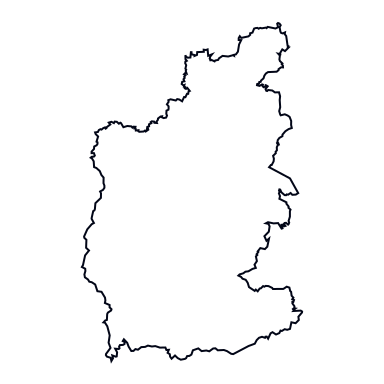 Pihuamo, Jalisco, Mexico
{"feature_id": "50627088B45338905854221", "entity_name": "Pihuamo", "entity_type": "district", "adm_level": 2, "iso_a3": "MEX", "parent_name": "Mexico", "parent_adm1": "Jalisco", "projection": "mercator", "projection_center": [-103.387, 19.169], "detail": "fine", "context": "isolated", "style": "outline", "palette": "ink", "viewbox_px": 384, "rotation_deg": 0, "n_neighbors": 0, "source": "geoboundaries", "source_scale": "gbopen_adm2", "svg_char_len": 5932}
<svg xmlns="http://www.w3.org/2000/svg" viewBox="0 0 384 384"><path d="M111.4,361.0L113.0,358.3L112.3,355.4L115.8,356.7L116.7,356.4L117.1,352.3L115.2,348.7L118.8,349.0L119.5,348.3L119.1,346.6L119.9,345.1L123.0,344.9L124.5,344.0L124.7,342.0L122.8,341.1L123.9,339.3L127.2,342.8L128.6,346.6L131.3,351.0L133.5,350.9L135.4,349.1L138.0,349.7L141.3,347.1L145.1,346.9L147.9,345.6L151.9,346.5L155.3,346.1L159.9,347.6L165.4,347.5L166.4,350.0L168.8,349.8L167.6,352.8L169.8,354.2L170.1,356.6L171.6,358.7L175.0,355.5L177.7,358.1L180.8,359.7L184.9,358.9L186.1,358.2L187.1,356.1L189.4,355.9L191.4,354.6L192.9,350.3L198.3,348.4L201.6,351.1L206.3,350.5L209.3,351.3L213.1,348.5L215.4,348.3L217.8,350.3L223.9,350.0L227.0,351.1L231.2,353.8L233.2,354.1L248.6,346.0L254.8,343.7L256.7,340.1L259.0,337.8L262.0,336.8L265.0,337.8L265.5,336.7L266.7,336.6L268.1,338.7L270.6,333.3L272.5,332.2L276.0,334.5L279.3,333.1L280.5,330.6L281.8,331.0L284.7,329.2L287.2,329.8L290.0,328.9L291.4,322.3L295.6,323.2L298.8,320.0L298.4,316.7L302.0,312.5L302.1,311.5L300.7,310.6L293.5,311.0L294.3,310.1L293.5,309.6L295.2,308.5L293.8,308.3L294.5,307.7L294.4,306.2L292.4,303.4L292.4,301.9L293.3,302.0L294.0,300.0L292.3,299.2L293.4,297.7L291.6,295.7L291.1,291.8L290.2,291.0L289.4,287.6L286.7,286.7L283.4,288.9L272.9,289.0L272.2,287.9L268.5,286.1L265.7,285.9L264.3,286.7L263.1,286.1L260.9,288.3L259.7,288.5L257.7,291.3L255.8,289.6L254.7,290.9L249.0,287.1L247.7,282.8L245.7,279.8L242.5,278.7L241.1,276.9L238.4,275.6L239.6,274.4L243.3,273.3L245.4,271.7L248.4,271.3L252.5,268.9L255.8,267.9L254.5,264.7L256.9,261.1L255.9,256.4L257.3,255.0L256.6,254.2L258.3,252.0L257.7,251.4L260.3,248.1L264.9,249.1L267.3,246.7L269.0,238.6L266.5,240.8L264.4,236.2L268.8,231.7L269.6,226.3L268.5,223.9L265.9,223.3L268.0,222.2L273.6,223.4L278.1,223.1L281.6,228.6L282.5,228.3L281.6,224.8L282.6,224.7L284.1,226.3L285.4,225.9L283.9,223.8L284.6,223.0L286.0,222.8L288.1,224.6L288.6,224.1L289.2,222.6L288.6,220.9L289.9,216.7L289.9,211.2L290.5,209.6L288.5,207.8L288.6,206.5L286.4,203.7L286.4,202.3L279.4,198.8L280.0,196.1L278.9,193.3L279.7,192.0L279.0,190.6L279.4,189.4L280.2,189.6L281.4,192.3L284.6,195.1L286.1,195.2L286.7,194.4L288.1,194.7L290.6,193.0L292.3,194.8L295.8,194.6L298.2,193.1L290.0,178.4L269.1,167.2L270.9,165.0L271.7,165.0L273.6,161.4L273.9,158.7L273.1,155.8L275.8,153.2L275.6,151.8L276.9,150.3L276.8,147.2L277.9,144.9L278.8,144.6L278.3,143.2L276.4,143.5L277.3,142.8L277.8,140.0L279.4,137.9L282.4,136.2L282.5,134.6L285.4,131.2L288.6,129.1L291.8,128.0L291.1,125.0L291.2,121.0L289.6,116.9L287.6,115.5L284.8,114.3L280.7,115.3L280.2,114.5L279.2,111.1L280.2,107.2L279.7,100.1L280.1,96.2L279.0,92.3L274.9,92.4L272.3,90.5L268.2,90.0L267.2,91.0L266.3,90.8L265.5,89.0L267.7,86.3L266.3,85.4L265.6,85.2L265.4,86.5L263.6,87.2L262.6,86.2L262.9,84.7L262.1,84.4L259.5,85.9L257.0,85.2L257.2,84.0L259.0,83.5L259.3,82.0L260.6,81.9L261.1,80.5L263.5,78.4L264.4,75.6L265.9,73.5L268.0,72.1L276.7,71.7L278.6,70.1L278.6,69.1L281.1,67.3L283.0,67.4L282.9,65.6L281.7,64.1L282.4,63.4L279.9,61.0L279.4,59.4L279.9,55.6L278.2,53.7L280.3,54.1L280.2,52.9L282.3,49.4L285.0,51.1L288.8,47.3L287.9,47.1L288.3,46.1L287.6,45.8L286.2,36.0L284.7,34.1L285.0,32.4L282.7,33.4L281.1,32.9L280.4,31.6L279.6,27.1L280.7,25.2L279.5,23.6L278.0,23.0L277.2,23.7L278.1,27.2L275.5,28.5L267.7,26.9L266.6,28.1L266.0,27.6L261.9,28.3L260.2,27.9L258.6,28.7L257.5,27.9L255.6,28.1L254.1,28.6L252.5,32.6L250.1,33.3L250.2,34.8L248.4,36.4L241.2,37.9L239.8,36.2L238.7,38.1L238.7,40.0L241.2,40.1L239.1,44.4L237.9,51.7L235.9,54.4L233.7,54.9L233.9,55.7L233.0,55.2L228.2,56.5L222.5,55.9L218.9,58.4L218.2,59.9L215.2,60.5L214.6,61.4L211.9,60.1L209.5,60.4L210.9,59.7L209.7,58.6L210.2,56.6L212.0,54.3L208.2,55.8L207.6,49.4L205.9,50.0L203.7,49.7L203.8,51.8L197.2,52.1L197.0,54.9L194.6,55.9L194.7,55.1L191.6,54.3L191.5,52.2L190.9,52.2L190.4,57.5L187.9,57.7L186.1,56.8L185.4,55.2L185.5,59.2L186.8,60.8L185.4,61.5L185.2,63.2L186.2,65.2L185.4,68.7L186.2,69.7L185.7,70.9L186.5,73.2L185.6,72.7L184.0,74.3L185.5,75.2L184.2,76.8L184.7,77.9L183.5,79.2L184.4,81.3L182.2,81.8L181.7,84.0L183.5,85.4L184.4,85.0L183.9,86.8L185.2,87.1L184.8,88.3L186.0,88.9L187.3,87.9L189.7,90.9L188.6,91.3L188.2,93.8L187.0,93.8L185.4,97.2L184.1,97.0L182.1,101.3L179.3,99.5L177.2,99.1L175.8,100.5L170.6,99.3L168.3,100.2L168.6,101.9L166.9,104.3L168.6,106.3L168.6,108.7L168.4,109.7L166.5,110.6L166.3,113.8L167.0,115.6L166.1,117.6L163.7,118.1L161.7,117.2L162.0,116.3L160.6,116.5L158.0,118.5L157.9,119.8L156.4,121.8L156.9,123.0L154.4,122.8L154.1,121.6L151.8,121.3L150.7,122.1L151.3,123.2L149.0,124.3L149.1,126.3L147.3,126.9L147.0,128.8L147.9,128.3L148.3,129.7L145.7,131.5L144.9,130.6L143.7,131.5L139.3,131.8L138.4,131.3L138.5,130.2L135.8,130.5L135.6,128.5L134.5,128.4L135.3,126.8L133.4,126.7L132.4,127.6L131.4,126.4L127.3,126.0L123.4,127.2L121.0,123.1L120.3,122.7L118.9,123.7L116.8,121.8L114.7,121.6L113.9,123.1L111.4,121.8L108.8,122.6L110.3,124.5L106.9,127.0L106.4,128.2L105.6,128.6L105.0,127.4L103.3,128.1L101.5,129.6L100.4,129.2L98.8,130.1L97.9,132.0L95.1,132.4L95.7,134.1L98.1,136.5L96.5,141.7L97.5,142.3L97.5,143.9L96.6,145.3L94.2,146.5L94.0,149.0L91.6,151.6L91.6,153.1L93.9,153.1L94.8,155.6L93.9,156.6L91.7,156.8L90.7,157.7L92.0,158.5L93.7,161.3L94.1,167.1L96.4,168.0L99.8,171.1L101.4,175.0L103.6,177.6L103.5,183.2L104.4,185.6L104.4,187.8L103.0,189.9L100.1,191.5L101.0,193.3L100.9,197.9L95.4,203.2L94.9,209.0L94.4,210.4L93.2,211.1L91.7,217.8L91.6,218.8L93.9,223.0L91.7,224.2L87.3,229.3L84.1,236.5L84.3,237.8L86.4,239.8L86.1,247.8L89.0,250.5L85.1,255.4L83.0,265.1L81.9,267.0L85.2,268.7L85.4,271.0L84.4,274.4L84.9,277.3L88.0,279.5L89.3,281.7L91.7,282.2L95.2,284.5L97.4,291.2L101.5,291.8L105.0,297.6L105.4,300.3L104.9,303.0L109.6,305.0L109.6,307.4L111.5,309.2L111.1,310.5L107.9,312.6L107.2,314.0L106.9,319.9L105.2,320.5L103.5,322.4L105.0,322.7L107.3,326.3L109.7,335.4L108.6,342.7L110.5,347.9L106.0,354.0L105.9,355.1L106.9,356.6L110.7,357.8L111.4,361.0Z" fill="none" stroke="#020617" stroke-width="2"/></svg>